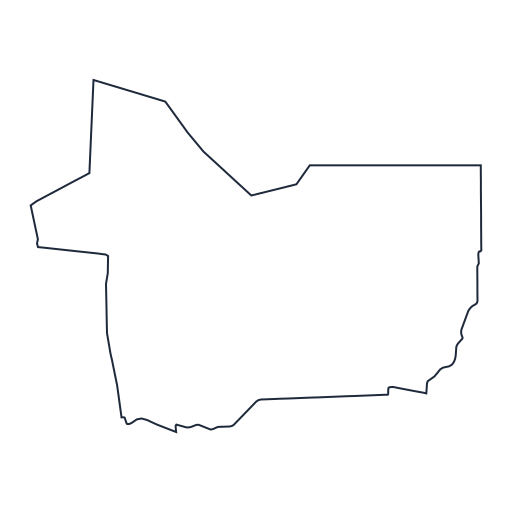 the Region of Gao
{"feature_id": "MLI-2690", "entity_name": "Gao", "entity_type": "Region", "adm_level": 1, "iso_a3": "MLI", "parent_name": "Mali", "parent_adm1": "", "projection": "robinson", "projection_center": [1.906, 16.933], "detail": "fine", "context": "isolated", "style": "outline", "palette": "slate", "viewbox_px": 512, "rotation_deg": 0, "n_neighbors": 0, "source": "natural_earth", "source_scale": "10m", "svg_char_len": 1950}
<svg xmlns="http://www.w3.org/2000/svg" viewBox="0 0 512 512"><path d="M129.3,424.0L127.1,424.0L126.4,422.9L124.6,417.6L123.9,417.3L121.5,417.3L121.5,417.1L117.1,385.2L115.4,376.9L111.9,359.6L110.6,354.2L110.0,350.7L107.0,333.1L106.7,319.4L106.5,308.1L106.0,283.9L107.8,273.0L107.9,265.8L108.1,256.0L105.6,254.5L102.8,254.2L97.9,253.5L75.4,251.1L43.2,247.6L38.0,247.1L37.0,243.5L37.9,239.3L35.4,227.6L30.7,205.4L36.6,201.2L75.2,180.6L89.4,173.1L93.5,80.0L165.3,101.6L187.7,132.6L203.4,151.5L251.3,195.5L296.4,184.3L309.8,165.3L381.8,165.3L439.6,165.3L480.7,165.3L480.8,165.3L480.8,171.4L480.9,182.1L480.9,192.9L481.0,203.6L481.1,214.4L481.1,225.2L481.2,235.9L481.2,241.4L481.3,250.5L480.3,251.4L479.5,251.4L478.9,251.7L478.4,253.2L478.3,254.8L478.8,263.3L478.4,264.2L477.5,266.0L477.3,266.7L477.3,272.2L477.4,283.9L477.4,291.4L477.5,301.0L476.9,303.0L475.8,304.1L472.5,306.0L470.8,307.5L469.3,309.3L468.2,311.2L461.4,329.7L461.1,332.1L461.4,334.5L462.4,337.1L462.5,337.3L462.5,337.6L462.5,338.1L462.5,338.3L462.4,338.6L458.0,343.5L456.8,345.5L456.3,347.1L455.7,355.6L455.1,358.9L454.1,361.5L453.9,362.0L452.0,364.6L449.2,366.3L443.1,367.6L440.3,369.3L434.4,376.5L427.8,381.1L427.0,383.4L426.3,393.4L424.9,393.1L424.5,392.9L416.7,391.5L402.4,388.8L393.3,387.0L390.3,387.1L389.1,387.4L388.5,387.9L388.4,388.7L388.2,390.3L388.2,393.6L387.8,394.7L384.0,394.8L376.7,395.1L369.3,395.4L362.0,395.7L354.6,396.0L347.3,396.2L339.9,396.5L332.6,396.8L325.2,397.1L317.9,397.4L310.5,397.6L303.2,397.9L295.8,398.2L288.5,398.5L281.2,398.7L273.8,399.0L266.5,399.3L260.9,399.5L258.3,400.2L256.2,401.6L251.1,406.9L245.0,413.2L240.0,418.4L233.6,425.0L231.8,426.0L229.7,426.5L218.0,426.9L215.8,427.8L213.7,428.8L211.6,429.4L210.5,429.5L198.7,424.8L196.3,424.9L191.4,426.8L189.0,427.4L186.4,427.4L176.4,424.6L175.7,425.5L175.7,427.6L176.1,432.0L157.0,424.6L146.8,419.9L141.5,418.5L136.8,419.4L132.0,422.7L129.3,424.0Z" fill="none" stroke="#1e293b" stroke-width="2"/></svg>